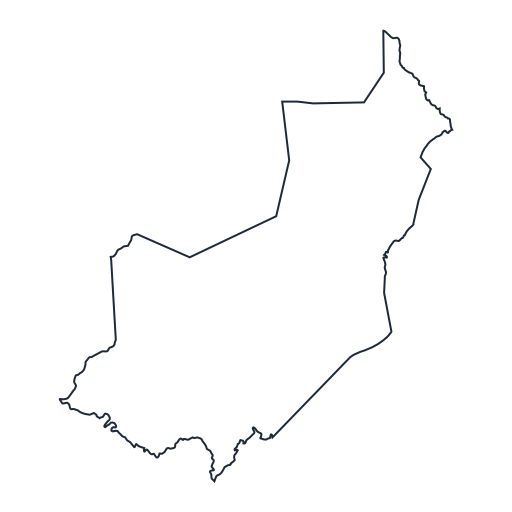 Salama, Olancho, Honduras
{"feature_id": "27666195B49586797079584", "entity_name": "Salama", "entity_type": "district", "adm_level": 2, "iso_a3": "HND", "parent_name": "Honduras", "parent_adm1": "Olancho", "projection": "robinson", "projection_center": [-86.647, 14.837], "detail": "fine", "context": "isolated", "style": "outline", "palette": "slate", "viewbox_px": 512, "rotation_deg": 0, "n_neighbors": 0, "source": "geoboundaries", "source_scale": "gbopen_adm2", "svg_char_len": 6004}
<svg xmlns="http://www.w3.org/2000/svg" viewBox="0 0 512 512"><path d="M270.4,437.7L270.3,436.7L270.5,435.6L270.9,434.5L271.3,434.4L271.8,434.7L272.6,437.3L350.1,357.3L352.6,355.5L354.3,354.5L360.4,351.8L365.0,350.3L372.3,347.2L378.1,344.0L383.3,340.3L386.7,337.4L388.1,336.0L391.2,332.2L391.4,331.6L384.1,292.9L384.8,278.5L384.8,276.5L385.8,273.9L386.0,272.1L385.7,271.1L385.0,269.0L384.7,267.3L385.4,264.7L385.3,263.7L384.7,261.4L383.6,258.8L383.4,257.7L383.5,257.6L385.5,257.4L386.7,257.6L386.9,257.3L386.8,256.6L386.3,255.9L384.1,254.9L384.5,254.5L385.1,254.1L385.9,252.0L386.4,251.9L387.6,252.5L387.9,252.4L388.0,252.2L387.8,251.2L387.9,250.6L389.3,248.0L390.1,246.4L393.8,241.3L394.6,240.8L395.7,240.5L398.3,241.0L398.9,240.9L400.0,240.0L401.7,238.2L402.8,237.9L403.4,237.0L403.9,235.5L404.8,235.2L405.8,233.0L406.8,231.3L409.3,228.4L412.5,225.6L413.5,224.3L413.4,223.5L418.7,199.9L430.8,169.0L420.6,157.4L422.5,152.2L424.6,148.4L426.7,145.8L427.9,143.9L430.1,141.5L431.4,140.6L433.4,139.0L434.3,138.6L435.3,137.6L436.5,136.7L439.5,135.8L441.5,134.4L442.3,133.2L442.5,132.3L443.2,131.9L444.7,130.7L445.1,130.7L445.7,131.1L447.2,132.7L448.1,133.0L448.6,132.7L449.1,131.5L450.0,131.2L450.3,130.7L450.9,130.2L452.2,129.8L451.7,129.0L450.7,126.1L450.5,123.4L450.1,121.8L450.0,119.8L449.7,119.1L448.9,118.5L448.0,118.5L447.8,118.1L446.8,117.5L446.0,117.3L445.2,116.9L444.6,116.4L443.7,114.9L440.7,114.0L440.2,112.9L439.8,111.4L439.6,109.8L439.7,108.5L437.9,109.0L436.7,108.4L436.2,107.9L435.6,106.5L435.2,106.0L434.6,105.6L432.4,105.0L431.4,104.3L430.6,103.1L429.1,100.2L428.7,100.1L428.4,100.4L427.9,100.5L427.1,100.0L426.5,99.4L426.1,98.6L425.2,94.8L425.4,94.1L426.2,92.5L424.6,91.3L423.9,88.4L424.1,86.5L424.0,86.2L423.6,86.0L422.8,86.0L421.9,85.7L420.6,85.5L419.2,84.5L418.9,84.0L418.8,82.7L419.1,81.2L419.1,80.9L418.1,80.2L417.4,79.1L416.8,78.5L415.7,77.9L414.6,77.4L413.9,76.9L413.3,75.9L412.7,74.2L412.3,73.7L410.4,72.8L408.8,72.3L405.6,70.2L404.3,69.1L404.0,68.0L403.0,67.8L402.4,67.4L401.9,66.1L400.6,64.8L400.2,63.5L399.8,62.3L399.5,61.2L399.9,58.1L399.9,55.9L400.2,54.1L400.1,52.1L399.6,51.3L399.5,50.4L399.7,48.2L400.3,45.4L400.0,44.5L399.5,42.4L399.4,40.7L398.6,38.8L397.8,38.1L397.0,37.7L396.1,37.8L393.8,38.2L392.9,38.1L392.1,37.7L391.1,37.1L385.9,32.1L384.5,31.0L383.4,30.7L383.3,31.0L383.8,72.7L364.0,102.4L313.1,103.4L297.3,101.6L282.2,101.6L289.2,160.4L276.2,216.2L189.7,257.3L137.1,234.2L133.3,235.3L132.5,235.7L132.0,236.2L131.8,236.5L131.5,238.6L131.1,240.2L127.9,245.8L123.7,246.4L120.8,248.6L118.4,249.6L117.2,251.0L115.8,254.0L114.3,255.7L113.0,256.6L110.7,256.9L111.3,260.9L111.3,262.0L115.8,339.9L114.9,342.2L114.5,344.4L113.7,345.8L112.9,346.4L111.5,347.1L109.7,347.7L109.1,348.3L107.7,350.8L107.0,351.3L105.3,351.4L102.6,351.3L101.8,351.5L97.3,353.9L95.5,354.8L92.2,356.7L91.2,357.0L89.6,357.2L89.0,357.6L85.7,361.7L85.5,362.9L85.5,364.3L85.2,365.8L84.3,368.9L83.6,370.2L82.0,372.0L79.7,373.4L78.3,374.7L75.8,375.4L75.6,375.8L74.5,379.0L74.1,381.5L74.3,382.5L75.8,385.0L76.0,386.0L74.6,389.4L73.7,390.2L68.7,397.1L67.5,398.3L66.9,398.6L64.2,399.2L62.3,399.3L60.1,398.9L59.9,399.0L59.8,399.3L60.0,400.0L60.9,401.1L61.8,402.7L62.6,403.4L63.5,403.5L66.8,402.7L67.3,402.8L68.1,403.4L69.1,404.4L70.1,408.0L70.4,408.6L70.9,409.1L71.5,409.2L72.7,409.0L74.1,409.1L76.8,410.0L78.1,410.5L79.4,411.6L80.8,412.4L84.4,413.8L89.4,414.7L90.1,414.6L93.5,413.1L93.9,413.0L96.4,414.8L96.6,415.9L97.3,416.7L99.7,418.2L100.0,417.9L100.7,417.5L102.8,416.9L104.9,413.8L106.0,413.7L107.4,414.2L108.3,415.0L109.2,416.4L109.8,417.9L109.8,418.9L109.6,419.5L109.2,420.0L107.2,421.9L104.9,424.8L104.3,426.1L104.4,426.5L104.7,426.9L105.3,427.1L106.8,425.8L109.2,424.4L111.0,422.6L112.3,422.5L114.2,423.0L114.7,423.5L115.7,424.9L116.1,426.0L116.1,426.8L115.6,427.4L113.3,427.2L112.3,427.7L111.7,428.6L111.4,429.7L111.4,430.5L111.8,431.0L112.4,431.3L113.1,431.3L116.0,430.8L117.6,431.1L119.1,433.0L120.5,434.2L122.1,436.0L123.5,436.8L125.1,437.3L127.1,440.3L130.1,442.1L134.2,447.1L134.5,447.1L134.8,446.9L135.8,444.5L136.1,444.2L136.5,444.2L138.4,445.9L139.4,446.5L144.3,448.1L143.9,449.9L144.0,450.9L144.4,451.6L144.6,451.6L146.1,449.8L146.6,449.6L147.2,449.7L147.6,450.1L150.1,453.3L150.9,454.0L152.0,454.3L153.2,453.9L154.0,453.9L155.6,456.4L156.3,457.2L156.8,457.5L157.7,457.4L158.6,456.3L159.2,454.9L159.3,453.9L159.6,453.5L162.0,453.8L164.6,452.0L166.4,449.0L167.0,448.3L168.5,448.0L170.3,448.7L173.5,448.1L174.5,447.6L174.9,447.1L175.1,446.5L175.3,444.1L176.2,443.2L177.4,442.4L178.9,440.0L179.6,439.2L180.3,438.7L180.8,438.6L181.5,438.8L182.3,439.6L182.8,439.8L183.3,439.8L183.6,439.1L184.1,438.9L185.3,439.1L186.9,439.6L188.1,439.7L188.8,439.5L189.7,438.9L192.7,437.4L193.5,437.9L194.3,438.1L196.3,437.6L197.8,437.5L200.8,438.6L201.7,439.4L202.5,441.1L205.2,444.7L206.0,446.2L206.8,448.7L207.3,449.2L210.2,450.8L211.1,452.7L212.7,455.2L212.5,456.3L212.4,456.8L211.9,457.3L211.9,457.9L212.2,458.7L213.7,460.1L213.7,461.0L213.6,461.9L212.4,464.1L211.6,466.3L211.9,467.1L213.6,469.2L213.9,469.8L213.4,470.3L211.6,470.5L210.5,471.0L210.1,471.3L210.0,471.8L210.3,472.6L211.0,473.8L211.3,474.7L211.5,477.7L211.7,478.5L214.4,481.3L215.9,477.1L216.5,476.1L217.1,475.5L219.4,474.5L221.0,473.2L221.9,472.0L223.4,469.5L224.2,467.9L224.9,466.9L227.8,465.3L230.3,464.8L230.6,464.5L230.6,463.8L231.1,463.2L233.6,461.3L234.6,460.2L234.6,459.4L234.1,457.3L234.3,455.7L234.8,454.7L235.8,453.6L236.5,452.5L237.7,450.3L237.2,449.9L236.6,449.8L234.8,450.3L234.6,449.9L234.6,449.4L234.8,448.9L236.9,446.8L237.8,444.0L238.7,443.6L239.3,443.0L240.3,440.2L240.7,440.1L243.0,440.8L243.6,441.7L243.4,443.4L243.9,443.5L244.8,443.4L245.4,442.8L246.1,440.9L246.7,439.9L249.6,437.7L254.1,433.2L254.4,432.5L254.3,431.7L252.8,428.7L252.8,428.0L253.2,427.5L253.6,427.4L255.1,428.4L257.0,431.1L257.7,431.7L258.8,432.4L260.7,433.3L261.2,433.6L261.4,434.3L261.3,435.4L260.8,437.2L260.3,438.0L260.4,438.3L263.7,439.4L265.7,439.6L266.2,439.5L267.9,438.6L269.6,438.1L270.4,437.7Z" fill="none" stroke="#1e293b" stroke-width="2"/></svg>